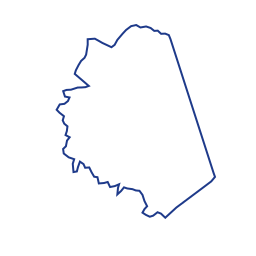 the district of Brejão, Pernambuco, Brazil, rotated 343°
{"feature_id": "56859067B36734598843882", "entity_name": "Brejão", "entity_type": "district", "adm_level": 2, "iso_a3": "BRA", "parent_name": "Brazil", "parent_adm1": "Pernambuco", "projection": "robinson", "projection_center": [-36.553, -9.03], "detail": "fine", "context": "isolated", "style": "outline", "palette": "blue", "viewbox_px": 256, "rotation_deg": 343, "n_neighbors": 0, "source": "geoboundaries", "source_scale": "gbopen_adm2", "svg_char_len": 1264}
<svg xmlns="http://www.w3.org/2000/svg" viewBox="0 0 256 256"><g transform="rotate(343 128 128)"><path d="M137.4,224.7L151.0,218.2L183.5,206.5L192.0,203.4L196.9,200.2L196.7,196.3L195.3,102.6L194.9,74.7L194.6,55.3L194.2,51.1L191.1,48.6L187.2,47.6L184.9,43.6L181.5,42.8L178.9,39.0L175.0,36.2L169.3,35.5L165.9,31.9L160.8,31.5L154.8,33.7L150.5,36.2L143.6,40.6L139.5,44.6L135.8,45.9L132.4,42.8L128.4,39.2L125.6,36.2L122.4,32.9L115.4,31.3L113.8,36.6L109.4,45.6L106.9,48.2L102.8,50.1L99.2,53.3L95.0,57.6L92.9,60.7L102.8,76.3L99.2,76.5L95.7,75.7L91.7,74.6L84.7,74.7L80.3,73.6L76.8,73.8L76.9,79.5L81.0,81.7L78.4,84.7L74.3,86.3L69.6,85.5L65.1,89.7L67.0,93.4L70.2,98.0L67.8,101.6L68.3,105.2L70.6,108.7L68.6,113.1L66.2,116.5L69.5,119.8L66.0,122.2L63.3,127.3L59.8,129.1L59.1,133.6L62.7,138.7L67.4,142.1L64.7,146.1L63.0,154.2L66.4,154.6L68.7,150.8L72.2,146.1L74.9,149.5L75.4,153.5L79.4,154.4L80.2,159.6L81.4,164.7L84.4,166.1L83.9,172.5L89.0,173.6L92.8,173.7L93.6,179.2L98.4,179.7L103.0,179.2L100.9,182.4L98.4,188.4L103.0,186.2L106.8,183.6L109.6,185.6L114.4,187.8L117.2,190.0L120.6,191.4L122.3,196.2L122.4,202.7L123.4,208.4L120.0,210.4L117.1,213.2L119.8,216.4L122.9,219.2L126.4,219.2L131.6,217.2L134.5,219.5L137.4,224.7Z" fill="none" stroke="#1e3a8a" stroke-width="2"/></g></svg>